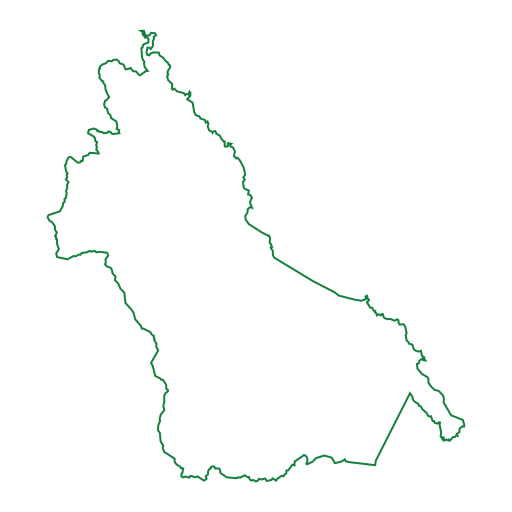 outline of Acandí, Chocó, Colombia
{"feature_id": "7082276B91740979880715", "entity_name": "Acandí", "entity_type": "district", "adm_level": 2, "iso_a3": "COL", "parent_name": "Colombia", "parent_adm1": "Chocó", "projection": "mercator", "projection_center": [-77.318, 8.474], "detail": "fine", "context": "isolated", "style": "outline", "palette": "green", "viewbox_px": 512, "rotation_deg": 0, "n_neighbors": 0, "source": "geoboundaries", "source_scale": "gbopen_adm2", "svg_char_len": 5940}
<svg xmlns="http://www.w3.org/2000/svg" viewBox="0 0 512 512"><path d="M459.6,428.7L462.3,426.3L464.0,426.6L464.4,425.4L462.9,420.0L451.1,415.3L443.6,402.4L443.9,398.8L443.1,395.6L438.8,391.0L434.4,389.7L431.4,386.9L428.5,382.8L428.4,379.1L427.5,377.2L422.0,374.0L417.5,368.7L416.9,363.9L418.8,363.3L419.4,360.6L422.3,358.7L423.2,360.2L425.4,360.5L424.0,358.3L424.3,357.4L422.0,355.9L420.9,350.8L418.8,351.6L415.2,350.5L413.7,349.1L412.4,344.6L408.8,343.6L408.7,342.4L406.6,340.4L405.7,335.0L406.6,333.2L405.3,326.8L403.5,324.2L399.7,324.6L398.5,322.6L398.5,320.4L397.4,319.3L394.6,320.7L390.2,318.9L387.8,319.2L384.7,318.2L383.6,317.1L382.8,314.1L381.8,313.9L380.8,315.3L378.8,314.3L376.8,315.4L376.3,313.2L374.7,311.9L375.2,311.0L373.7,310.5L372.0,307.6L370.2,307.6L367.2,302.7L367.1,301.8L368.5,301.0L368.9,299.7L367.7,298.6L366.9,295.7L365.6,296.4L365.9,299.1L361.5,300.7L354.8,299.7L338.8,295.6L334.8,292.4L313.4,281.4L274.3,257.7L272.9,255.2L272.8,250.8L270.7,247.9L272.1,246.9L271.2,245.9L271.3,244.5L269.6,242.9L270.1,238.0L269.1,235.6L268.3,235.8L261.7,232.4L248.9,224.1L245.7,219.6L245.2,215.9L247.3,213.0L247.9,208.9L250.4,207.0L252.0,207.8L249.9,202.2L252.0,197.6L250.5,195.2L248.1,194.4L248.9,190.6L244.6,188.7L243.8,187.5L242.9,182.2L244.8,179.6L243.3,177.5L245.2,174.7L243.6,167.4L239.6,160.0L237.7,158.0L237.0,157.6L236.2,158.4L233.9,156.1L234.9,151.3L233.0,147.5L230.5,146.5L230.0,144.9L231.3,143.8L228.6,143.1L227.7,143.5L227.9,146.2L225.9,146.8L224.7,146.2L224.7,141.8L224.2,142.1L221.1,138.4L219.8,135.6L216.5,133.8L215.3,131.1L213.6,131.4L212.6,132.7L212.5,132.0L209.2,130.4L207.7,126.4L208.4,123.6L207.4,121.5L205.9,122.6L204.7,119.8L200.5,118.6L199.4,116.4L195.7,115.1L194.2,112.0L192.6,102.7L187.2,99.2L190.4,95.7L190.3,91.6L189.2,93.8L189.1,92.6L188.3,94.2L186.4,94.1L185.2,95.2L184.0,93.2L177.1,91.4L174.4,88.7L172.7,89.7L171.9,88.8L172.3,84.1L168.2,80.2L167.1,76.4L168.3,74.2L167.4,73.1L168.0,70.7L170.2,67.3L169.7,65.0L168.8,64.8L167.6,62.3L165.9,61.4L163.1,57.7L159.5,55.3L158.8,52.6L153.5,52.4L150.0,53.8L149.3,55.4L147.1,54.7L146.5,52.0L147.5,47.8L149.1,47.6L150.8,49.0L153.1,45.6L152.7,41.4L154.0,38.8L153.7,36.9L156.1,35.3L155.1,33.3L151.0,32.8L149.5,35.4L146.2,35.8L145.0,34.1L143.9,34.6L144.6,32.6L143.8,30.7L140.9,30.9L143.3,32.5L142.6,34.2L143.7,34.8L144.9,37.6L147.1,37.3L148.6,39.2L148.3,42.6L144.1,44.0L142.8,45.6L142.6,47.5L141.4,48.1L142.0,56.6L142.6,59.2L144.5,62.0L144.0,63.6L144.8,67.3L147.7,70.9L145.8,71.1L140.1,75.3L139.0,75.0L136.0,71.4L133.0,71.2L130.5,67.9L128.4,69.0L125.5,69.3L123.6,64.6L119.8,63.3L118.6,61.0L116.7,59.6L113.2,60.0L111.7,61.4L109.2,60.7L107.6,61.2L106.1,63.2L102.3,64.5L100.4,66.1L99.5,67.7L100.0,68.7L99.0,69.4L98.8,72.9L99.8,75.2L99.3,77.5L102.0,81.1L103.3,81.4L103.5,83.2L105.1,85.2L105.6,89.6L107.4,94.2L109.2,97.0L106.7,100.0L105.2,100.6L104.1,104.1L104.5,105.9L105.1,107.5L107.2,108.8L107.9,112.7L110.5,115.3L111.0,118.0L116.4,121.5L117.3,126.6L116.6,128.9L119.2,130.2L118.7,131.3L119.4,133.2L113.9,134.0L112.0,133.7L110.1,131.7L108.2,131.7L108.0,132.5L103.8,133.3L101.7,131.8L99.6,132.0L98.3,130.7L97.3,131.0L97.0,129.8L93.7,128.5L88.8,129.9L88.0,133.2L93.4,136.3L95.0,138.1L95.4,141.2L97.2,142.2L96.1,145.2L96.9,147.0L96.3,149.8L98.1,151.8L98.6,153.5L89.7,152.8L88.1,155.0L83.2,156.7L82.8,160.5L82.4,161.1L81.3,160.7L79.9,162.6L77.6,162.6L71.0,157.1L68.7,157.1L66.6,161.1L66.1,163.9L65.0,165.1L66.2,171.6L67.6,173.4L66.6,174.5L67.2,177.4L65.9,179.3L68.5,182.3L67.1,184.6L67.2,188.3L66.0,191.0L66.7,193.5L65.8,198.2L64.5,199.1L64.7,201.7L63.1,203.2L62.7,206.3L59.7,211.4L49.4,214.8L48.3,215.4L47.6,217.4L49.6,220.9L51.9,222.0L54.9,226.1L55.0,229.8L56.9,232.5L55.2,235.9L55.8,236.0L56.2,239.0L56.9,239.1L57.1,244.1L58.9,249.1L56.2,253.4L57.1,257.1L67.5,259.3L73.6,256.0L75.9,256.3L78.6,254.6L80.5,254.7L81.7,253.0L86.8,252.3L89.6,250.9L91.3,251.7L94.5,250.9L96.5,252.3L100.4,251.8L107.1,252.8L108.2,255.6L105.5,259.3L105.8,262.2L105.1,264.3L106.7,266.4L110.1,267.5L111.7,269.2L112.6,273.5L115.6,276.5L114.9,280.2L118.1,283.3L120.5,288.8L124.3,292.6L125.5,303.0L131.9,310.1L133.6,313.0L135.2,319.3L140.8,325.7L142.0,328.7L143.4,328.6L150.5,332.2L151.3,334.1L154.0,336.1L153.7,337.6L154.6,338.9L154.1,339.8L156.5,344.0L156.2,346.6L158.2,350.4L151.0,363.0L152.7,365.7L155.2,375.9L160.3,378.5L161.1,379.7L163.1,380.0L166.1,384.7L166.4,389.0L168.0,390.1L167.8,391.4L165.2,393.4L164.2,396.0L164.3,402.1L163.3,406.1L164.3,410.1L160.7,414.7L159.6,419.3L160.2,420.7L158.4,425.0L157.9,430.1L159.9,433.0L160.6,441.4L163.1,445.4L162.8,448.0L164.1,451.8L174.6,458.6L174.7,462.1L176.7,464.5L180.7,467.1L181.0,468.2L183.2,468.5L182.4,472.7L181.5,473.6L181.5,476.6L183.3,477.4L185.5,476.5L188.8,477.6L189.8,477.1L189.8,476.3L191.5,475.9L194.8,477.3L197.5,476.4L203.8,480.5L205.0,480.1L206.6,478.7L205.7,476.2L207.9,474.4L208.2,470.9L209.6,468.7L210.6,468.6L210.9,467.1L212.8,466.3L214.4,466.7L215.2,468.6L218.8,468.4L220.1,469.7L220.5,473.1L227.0,477.4L236.8,478.2L237.9,477.3L240.1,477.7L244.7,475.3L247.2,477.0L249.1,477.1L249.2,478.5L250.8,480.4L253.6,480.1L255.7,481.3L257.5,481.0L259.0,478.8L261.2,479.5L265.1,478.5L266.9,481.0L271.4,479.9L272.6,478.4L276.1,480.6L276.8,479.2L281.5,475.8L283.6,476.3L284.5,474.6L286.3,473.4L286.4,470.6L288.2,470.3L292.4,464.7L294.5,465.4L294.6,461.6L304.1,455.0L306.3,456.4L307.3,458.4L307.4,461.2L306.3,463.5L307.1,464.3L312.8,461.6L315.9,458.2L324.2,455.5L331.6,457.6L334.9,463.1L340.9,461.8L344.8,459.4L345.6,461.1L348.3,462.0L375.2,465.2L375.8,460.7L410.0,393.2L412.6,397.1L412.8,399.4L414.7,401.7L418.6,404.1L419.0,405.8L420.9,406.5L422.3,409.1L426.7,413.1L428.0,415.7L429.7,416.6L431.1,416.3L432.5,420.9L433.9,421.0L434.4,422.6L437.3,423.6L439.0,422.3L440.0,422.5L439.5,424.3L441.2,432.6L440.6,436.0L442.3,438.9L442.5,437.3L443.5,437.4L444.4,440.6L446.2,439.6L449.1,440.7L449.0,439.6L450.7,439.9L452.8,437.2L455.1,436.9L456.3,435.3L457.5,435.8L456.9,433.8L459.4,432.0L459.6,428.7Z" fill="none" stroke="#15803d" stroke-width="2"/></svg>